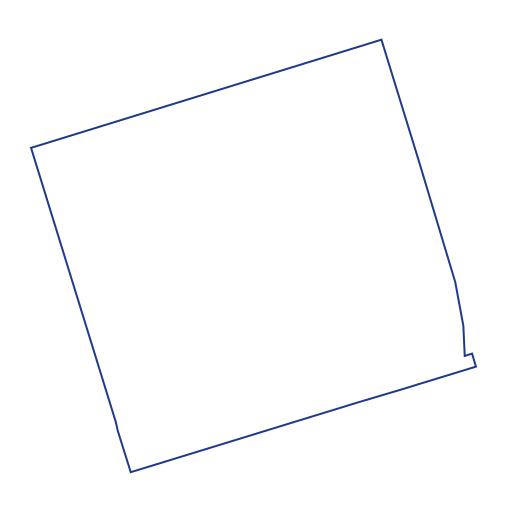 Neshoba, Mississippi, United States of America (Natural Earth projection), rotated 73°
{"feature_id": "52423323B8433965475447", "entity_name": "Neshoba", "entity_type": "district", "adm_level": 2, "iso_a3": "USA", "parent_name": "United States of America", "parent_adm1": "Mississippi", "projection": "natural_earth1", "projection_center": [-89.019, 32.754], "detail": "fine", "context": "isolated", "style": "outline", "palette": "blue", "viewbox_px": 512, "rotation_deg": 73, "n_neighbors": 0, "source": "geoboundaries", "source_scale": "gbopen_adm2", "svg_char_len": 358}
<svg xmlns="http://www.w3.org/2000/svg" viewBox="0 0 512 512"><g transform="rotate(73 256 256)"><path d="M426.1,439.0L425.8,202.7L426.2,146.6L426.1,138.5L426.1,78.0L420.8,78.0L412.5,77.9L412.6,85.6L383.3,78.1L339.2,73.1L212.5,72.5L85.8,72.8L86.6,364.4L86.8,439.5L373.7,438.6L382.7,439.3L426.1,439.0Z" fill="none" stroke="#1e3a8a" stroke-width="2"/></g></svg>